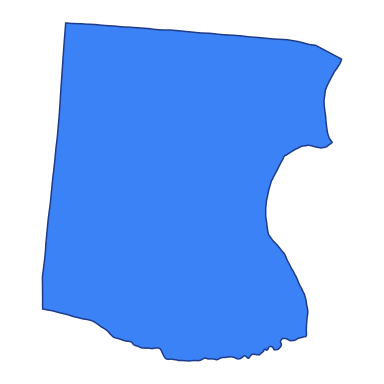 Taling Chan, Bangkok Metropolis, Thailand
{"feature_id": "78962969B19319663226998", "entity_name": "Taling Chan", "entity_type": "district", "adm_level": 2, "iso_a3": "THA", "parent_name": "Thailand", "parent_adm1": "Bangkok Metropolis", "projection": "natural_earth1", "projection_center": [100.444, 13.771], "detail": "fine", "context": "isolated", "style": "filled", "palette": "blue", "viewbox_px": 384, "rotation_deg": 0, "n_neighbors": 0, "source": "geoboundaries", "source_scale": "gbopen_adm2", "svg_char_len": 5858}
<svg xmlns="http://www.w3.org/2000/svg" viewBox="0 0 384 384"><path d="M76.6,317.3L78.9,317.8L79.2,317.9L81.2,318.5L81.4,318.5L83.0,318.9L84.2,319.1L85.6,319.3L87.8,319.6L89.3,320.0L90.9,320.4L92.9,321.2L94.5,322.0L95.6,322.8L95.8,322.9L97.0,323.7L97.4,324.1L97.8,324.3L98.5,324.8L99.0,325.1L100.1,326.0L100.5,326.3L101.1,326.7L101.6,327.1L102.0,327.3L102.3,327.4L104.7,328.8L105.4,329.4L106.3,330.0L107.5,331.0L107.9,331.3L108.6,332.1L109.3,332.7L109.3,332.9L109.3,333.1L109.4,333.3L110.9,334.7L113.4,337.1L115.4,337.9L117.5,338.4L120.4,339.2L121.6,339.7L123.1,340.3L126.3,341.1L129.7,341.5L130.6,341.7L131.5,342.1L131.8,342.2L132.2,342.8L132.7,343.6L133.7,344.6L134.3,345.1L135.9,345.7L138.3,346.4L139.6,347.0L140.9,347.6L141.9,347.9L144.9,348.1L146.1,348.1L147.9,348.1L148.9,348.1L151.7,348.6L152.1,348.6L154.7,348.2L156.2,347.9L156.9,347.9L158.2,348.0L159.1,348.2L159.6,348.4L159.9,348.5L160.1,348.8L160.5,349.2L161.3,350.6L163.1,354.6L163.8,355.9L164.2,356.5L165.4,358.3L165.6,358.4L165.9,358.6L166.3,358.8L166.6,359.0L167.0,359.1L167.6,359.2L168.1,359.3L169.5,359.2L170.8,359.1L171.9,359.2L174.1,359.6L176.2,359.8L176.7,359.9L178.6,360.5L180.7,360.5L181.0,360.5L182.5,360.5L185.8,360.8L186.7,360.8L186.9,360.8L187.3,360.8L189.1,361.0L192.3,360.6L195.3,360.5L195.5,360.5L197.9,360.7L199.8,360.4L200.8,360.1L203.7,358.5L204.4,358.1L204.7,358.1L205.3,358.1L205.5,358.2L206.1,358.3L208.3,359.0L209.4,358.9L212.2,358.9L213.1,358.9L213.7,359.0L214.4,359.2L215.5,359.5L216.4,359.7L216.8,359.7L217.1,359.7L219.8,358.4L221.4,357.7L223.6,357.4L224.6,357.5L226.0,357.4L226.3,357.2L230.4,356.8L232.7,357.0L233.3,357.2L234.5,357.6L237.2,358.8L237.9,358.9L238.9,358.9L240.1,358.6L240.5,358.5L240.7,358.4L241.7,357.7L243.6,356.3L244.5,355.8L244.7,355.7L245.0,355.7L245.2,355.8L245.8,356.2L246.8,357.2L247.3,357.8L247.7,358.0L248.3,358.3L248.6,358.2L248.8,358.1L249.0,358.0L250.0,356.3L251.6,354.7L251.9,354.4L252.1,354.3L252.3,354.2L252.6,354.1L254.1,354.2L255.7,354.5L257.4,354.8L257.5,354.8L258.2,354.8L258.9,354.8L259.2,354.8L259.5,354.7L260.4,353.8L261.2,353.1L261.6,353.0L262.6,352.1L263.1,351.6L263.5,351.3L263.7,350.9L263.7,350.3L263.9,349.9L264.4,349.5L265.0,349.2L265.5,349.1L265.8,349.3L266.1,350.1L266.3,350.2L267.3,349.9L267.8,349.5L267.9,349.4L268.0,349.2L268.4,347.8L268.5,347.6L268.6,347.4L269.5,346.7L269.8,346.6L270.3,346.4L270.7,346.4L271.3,346.6L272.1,346.8L272.4,347.0L272.6,347.2L272.9,347.6L273.9,349.4L274.0,349.6L274.3,349.8L274.8,349.9L276.1,349.7L277.5,349.5L277.9,349.3L278.1,349.3L278.8,348.7L280.2,347.2L281.0,346.1L281.2,345.5L281.4,344.9L281.4,344.5L281.4,344.2L281.4,343.9L281.3,343.7L281.1,343.4L280.7,342.3L280.3,341.8L280.5,341.1L280.9,340.4L281.1,340.0L281.9,339.0L282.6,338.6L283.9,338.5L285.1,338.4L286.7,338.9L288.5,339.8L289.6,340.6L291.3,340.7L292.5,340.5L294.2,340.4L294.7,340.2L295.9,339.8L297.2,338.9L298.0,338.4L299.4,337.9L300.4,337.8L304.4,336.7L305.8,336.6L306.4,335.5L306.4,334.2L306.5,334.1L306.5,332.8L306.4,332.6L306.3,328.5L306.5,326.2L306.5,325.9L306.4,325.7L307.1,318.0L307.5,315.3L307.5,315.1L307.6,314.1L307.8,312.3L307.8,312.1L307.7,310.7L307.6,309.1L307.5,308.9L307.3,308.1L307.0,306.6L306.6,304.5L306.5,304.1L306.3,301.9L305.5,298.2L305.3,297.3L305.2,297.1L304.6,295.0L304.1,293.6L303.5,292.6L302.5,290.5L301.9,289.1L301.7,288.8L300.5,286.6L300.2,286.1L299.4,284.4L298.4,282.4L298.2,281.7L297.2,279.1L296.7,278.1L296.1,276.6L295.1,275.0L294.2,273.3L293.6,272.2L293.4,271.5L291.0,267.6L290.4,266.3L289.0,263.6L288.0,261.8L287.7,261.2L286.3,258.2L285.9,257.1L286.0,257.0L285.8,256.6L285.4,256.1L284.7,254.2L281.3,250.2L281.1,249.9L280.6,249.2L278.4,246.5L276.8,244.6L276.2,244.0L272.7,240.4L272.1,239.6L271.5,238.7L269.8,236.3L269.3,235.6L268.8,234.9L268.5,234.3L268.1,232.7L267.9,231.8L267.2,227.5L267.0,225.7L266.9,225.1L266.8,223.9L266.1,219.1L265.7,216.1L265.7,215.8L265.7,212.2L265.7,210.3L265.6,210.1L265.7,208.7L265.8,206.9L266.0,205.1L266.3,202.3L266.6,200.2L267.1,197.9L267.5,196.3L268.5,191.0L268.6,190.6L268.8,189.8L270.6,183.6L271.5,180.7L271.8,180.3L271.9,180.0L272.4,179.3L272.7,178.8L273.2,177.3L273.6,176.6L274.4,175.4L274.8,174.4L275.3,173.7L281.4,161.6L282.7,159.5L283.8,156.9L284.2,156.2L284.8,155.5L285.2,155.3L285.9,155.3L289.4,153.0L291.8,151.4L292.3,151.1L293.1,150.7L293.5,150.5L295.0,149.5L298.0,148.1L301.2,146.4L304.4,145.7L304.5,145.7L305.1,145.9L306.2,145.7L307.0,145.2L307.4,145.1L307.9,145.2L311.2,145.7L312.1,146.0L314.5,146.7L318.0,147.4L319.5,147.7L320.8,147.9L323.3,147.6L324.9,147.3L325.1,147.2L326.0,146.8L326.5,146.7L327.1,146.5L327.5,146.1L328.3,145.4L330.6,143.7L331.0,143.5L332.2,142.3L329.8,139.0L329.3,138.2L328.7,136.8L328.3,135.4L327.8,133.9L327.4,132.1L326.9,128.8L326.5,125.7L325.9,120.9L325.7,117.1L325.1,112.5L324.5,108.1L324.1,104.1L324.1,103.1L324.0,101.2L324.2,99.0L325.2,91.5L325.7,89.2L326.2,88.1L327.4,85.1L331.1,77.8L334.5,71.7L335.1,70.8L337.8,67.0L339.0,65.1L339.6,64.1L340.2,63.0L340.5,62.3L340.8,61.6L341.6,59.2L315.6,45.3L309.2,44.5L299.0,41.7L287.1,39.7L273.7,39.0L259.2,37.6L257.2,37.4L253.3,37.2L247.5,36.7L240.7,35.8L237.4,35.6L235.5,35.4L231.4,35.2L227.1,34.9L224.6,34.8L223.6,34.8L220.2,34.4L217.6,34.2L210.3,33.3L201.3,33.0L196.2,32.5L180.1,30.9L170.3,30.0L163.2,30.0L155.4,29.5L149.1,28.6L136.8,27.7L132.5,27.4L131.4,27.3L130.3,27.2L124.3,27.0L121.8,26.8L115.0,26.1L104.8,25.5L100.4,25.1L96.1,24.6L94.7,24.5L93.1,24.4L85.1,24.1L82.0,23.8L80.1,23.7L78.5,23.7L76.4,23.6L72.4,23.5L70.6,23.4L66.9,23.0L65.7,23.0L64.3,40.5L60.7,91.9L60.0,103.6L59.1,116.8L57.2,138.1L56.1,146.9L54.6,162.5L52.6,180.0L50.3,203.2L48.2,219.3L45.9,243.2L45.5,250.4L44.8,257.7L42.4,277.3L42.5,285.4L42.6,297.1L42.6,306.4L42.7,309.0L43.5,309.1L48.2,310.1L50.1,310.4L50.3,310.4L53.3,311.0L55.4,311.6L58.5,312.5L65.1,314.0L68.0,314.8L68.6,315.0L71.1,315.8L71.4,315.9L71.6,316.0L72.1,316.2L74.4,316.8L76.6,317.3Z" fill="#3b82f6" stroke="#1e3a8a" stroke-width="1.5"/></svg>